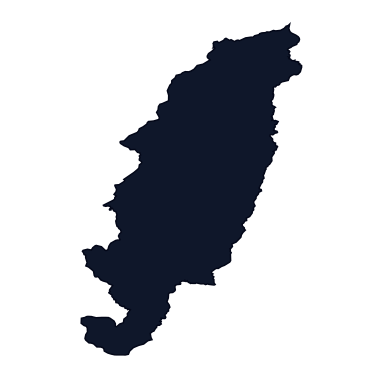 the district of Vibhavadi, Surat Thani, Thailand, rotated 261°
{"feature_id": "78962969B95788991871797", "entity_name": "Vibhavadi", "entity_type": "district", "adm_level": 2, "iso_a3": "THA", "parent_name": "Thailand", "parent_adm1": "Surat Thani", "projection": "equal_earth", "projection_center": [98.854, 9.243], "detail": "fine", "context": "isolated", "style": "filled", "palette": "ink", "viewbox_px": 384, "rotation_deg": 261, "n_neighbors": 0, "source": "geoboundaries", "source_scale": "gbopen_adm2", "svg_char_len": 5988}
<svg xmlns="http://www.w3.org/2000/svg" viewBox="0 0 384 384"><g transform="rotate(261 192 192)"><path d="M139.7,233.2L142.0,234.1L144.1,236.0L146.0,238.7L146.9,238.0L148.5,238.0L150.4,236.5L152.6,236.5L153.3,238.2L155.0,239.5L155.3,241.5L157.7,241.6L158.7,245.1L161.9,248.2L163.4,248.4L164.7,250.1L166.9,250.2L168.4,252.1L171.4,251.2L173.1,251.5L175.6,254.2L177.5,254.6L179.7,257.3L181.2,257.8L182.2,260.8L183.6,260.7L184.5,259.0L185.6,259.0L189.4,261.6L190.6,263.0L192.1,263.5L192.9,263.2L194.4,265.3L197.5,265.0L198.9,266.3L199.6,266.2L200.4,267.1L202.1,267.7L202.8,268.6L204.8,268.9L205.6,270.9L206.4,271.2L207.3,273.0L210.3,275.8L214.1,276.1L217.5,279.3L218.3,279.3L219.3,278.5L219.6,280.0L220.4,280.6L220.4,281.7L222.6,282.8L223.3,283.6L223.8,283.5L224.7,281.8L227.3,282.1L227.8,280.8L229.6,279.5L231.7,279.9L235.0,277.7L236.1,278.1L236.4,279.4L235.9,280.3L236.0,281.3L237.1,282.9L237.2,285.2L237.7,285.8L238.7,285.4L240.0,282.2L240.9,282.9L242.9,283.2L243.2,284.4L245.4,284.3L245.7,286.2L248.1,288.1L249.6,285.5L249.3,284.4L250.3,283.6L250.3,282.2L251.6,283.1L253.4,282.9L254.0,282.3L254.4,283.0L255.4,283.2L255.9,284.4L257.0,284.8L257.9,284.5L258.1,285.4L259.5,285.9L260.6,285.6L262.2,286.7L262.6,287.6L263.0,287.2L262.9,286.7L263.5,286.7L264.7,284.9L266.1,284.5L267.6,285.0L269.1,284.3L270.2,284.9L271.2,286.3L274.0,287.6L275.4,287.9L276.1,287.3L276.3,287.7L277.1,287.5L280.5,288.6L282.4,288.5L283.0,289.3L282.8,290.9L284.3,292.6L284.1,293.8L284.5,295.2L285.7,295.9L286.7,297.8L287.2,304.5L290.3,306.3L291.6,308.7L292.2,311.1L291.5,313.2L291.7,315.1L293.8,317.8L298.1,319.8L299.8,320.0L301.4,317.9L301.8,318.3L302.0,317.6L303.6,317.7L303.6,317.2L304.1,317.1L304.7,314.7L305.2,314.1L306.0,314.2L305.7,313.4L306.3,310.9L307.4,310.4L308.3,309.5L308.3,308.8L309.1,308.4L309.6,309.0L310.0,308.7L309.8,309.4L311.8,310.2L312.6,309.4L314.1,309.4L315.3,310.5L316.2,310.1L316.9,308.7L317.5,308.6L318.7,309.8L319.4,312.4L320.2,313.6L321.4,318.5L322.7,319.1L323.8,321.0L325.7,322.0L327.1,322.0L328.7,321.2L330.6,319.2L333.5,315.0L335.3,313.7L338.4,313.2L342.5,314.7L341.4,313.2L341.0,310.9L340.4,310.9L340.4,310.1L339.2,308.7L337.8,304.7L338.0,299.8L338.8,297.7L337.8,293.5L338.4,290.9L337.9,289.5L338.2,285.7L337.8,283.5L337.0,283.2L336.5,278.3L335.3,276.4L335.7,274.6L335.8,269.0L334.0,262.6L334.8,261.2L334.7,259.3L334.0,258.3L334.2,257.1L336.3,254.4L335.9,252.8L338.5,249.6L338.0,248.1L336.8,247.0L335.3,242.3L335.5,241.4L336.8,240.6L336.7,237.1L335.1,236.0L334.3,236.4L332.7,235.9L332.2,236.4L331.1,235.4L331.0,237.0L330.2,237.0L327.8,233.5L326.1,230.0L323.8,228.3L322.3,228.3L319.6,230.5L316.5,222.9L316.1,216.9L312.9,213.2L311.6,209.8L311.2,207.6L311.9,204.1L311.2,201.2L310.0,199.3L309.7,194.7L307.3,193.1L305.2,189.5L302.4,188.9L301.0,186.9L295.9,183.5L291.1,184.1L285.7,183.1L283.9,176.3L283.7,174.1L281.8,172.3L278.3,171.3L276.2,169.5L271.0,171.4L268.8,170.7L268.1,165.1L268.4,160.0L267.4,158.7L266.1,158.0L264.0,153.9L262.7,149.9L260.7,148.8L259.3,147.1L257.3,138.8L253.1,133.0L253.2,129.6L253.0,129.0L251.9,128.7L251.0,129.2L248.3,132.2L245.8,136.5L243.4,137.7L242.9,142.4L239.7,144.4L238.8,146.6L236.6,147.0L235.8,145.6L234.0,146.0L232.8,145.1L231.7,145.0L230.0,146.8L229.1,147.0L228.1,146.3L227.1,144.3L224.0,143.3L222.9,141.9L220.3,137.6L215.1,126.6L214.0,127.4L213.1,126.9L210.6,121.1L210.9,117.1L210.3,116.8L206.4,117.9L204.2,117.1L201.8,114.6L199.9,116.6L198.8,115.0L197.1,114.5L196.2,113.1L192.8,102.4L192.3,102.5L191.4,104.4L191.4,106.8L190.6,109.0L189.4,109.3L187.7,107.7L187.1,107.8L186.9,109.1L188.5,109.8L188.4,110.8L185.6,111.8L184.3,113.8L181.3,114.3L179.3,113.3L177.1,113.5L175.3,112.2L173.0,112.2L169.8,112.6L169.3,113.4L167.3,114.1L166.1,115.4L164.1,115.8L163.2,115.7L161.8,113.7L160.0,112.5L156.1,113.4L155.8,112.8L156.2,111.2L156.1,109.1L154.1,103.7L151.6,101.5L148.3,100.0L147.6,98.9L147.8,97.3L152.1,94.0L154.2,89.0L154.0,87.9L152.5,85.3L150.4,83.5L151.8,79.8L151.4,75.4L150.6,74.5L148.8,75.4L147.1,75.6L146.2,77.1L143.7,76.7L138.7,77.4L135.6,75.6L134.2,78.0L129.9,81.9L128.9,82.4L125.0,82.4L123.5,83.0L123.1,83.9L123.2,85.6L122.3,86.6L119.6,88.0L118.1,90.2L116.2,94.2L114.2,95.5L113.0,97.9L111.9,99.0L108.4,95.4L107.4,95.1L106.5,95.6L105.8,94.2L105.4,94.1L102.7,96.9L101.3,96.6L99.3,98.0L97.9,98.1L97.4,99.7L94.7,99.6L94.1,101.4L92.8,102.6L91.4,103.0L90.3,104.6L89.8,105.5L89.8,107.0L89.2,107.0L88.4,107.9L87.8,107.7L86.7,110.0L86.0,110.1L86.3,111.0L85.7,111.6L85.8,112.1L85.3,112.7L81.9,109.1L79.3,108.9L77.1,104.9L73.6,103.8L72.9,99.9L70.7,96.5L71.4,95.3L74.0,95.7L76.7,94.8L80.1,91.3L81.1,89.7L82.1,83.9L82.8,77.6L84.7,73.1L85.4,69.7L85.4,68.2L84.8,66.7L84.6,63.0L79.7,62.0L77.1,64.4L75.9,66.6L74.2,67.3L70.1,66.9L67.7,64.8L64.1,63.4L62.5,63.8L59.1,66.6L58.6,68.8L57.5,71.0L53.9,73.8L53.2,77.6L52.2,79.5L51.0,80.4L48.6,80.5L46.2,83.6L44.7,86.6L43.3,90.1L41.5,100.9L41.7,103.8L44.6,105.5L47.5,109.8L48.9,115.5L49.4,120.5L52.0,125.1L52.4,129.4L54.7,128.7L58.9,128.6L60.4,131.3L60.6,132.6L63.5,135.0L63.6,135.7L65.2,136.3L65.7,137.1L65.5,139.1L66.5,141.0L67.8,140.6L68.9,141.3L69.3,140.1L71.0,141.8L72.2,141.7L72.2,142.6L71.7,143.1L71.3,145.4L71.5,145.9L72.4,146.5L74.2,146.0L75.4,146.3L76.1,147.7L77.2,148.2L78.2,150.2L79.9,150.4L81.7,152.1L84.2,151.7L87.5,150.1L91.0,152.0L95.1,152.9L96.0,154.1L95.8,157.3L96.9,159.4L97.9,160.2L100.8,160.2L102.2,160.7L102.9,162.4L102.7,166.1L103.1,166.5L103.9,166.0L104.8,166.2L105.7,168.7L105.1,170.5L105.9,171.2L104.7,171.8L105.0,173.4L104.2,173.3L103.9,174.3L103.2,174.5L103.1,175.1L102.0,176.0L102.4,176.5L101.9,177.0L101.2,181.1L101.6,182.0L99.9,186.4L99.5,189.6L98.5,190.7L98.6,192.3L99.0,192.9L98.2,194.0L97.4,196.7L96.7,199.3L97.0,200.4L98.9,199.5L102.2,199.9L103.0,199.0L104.8,200.3L106.5,198.7L107.1,198.8L107.8,199.9L108.8,198.6L110.3,198.9L112.5,203.1L112.8,204.3L112.4,206.0L113.9,209.5L114.5,212.5L116.9,218.3L118.2,219.4L124.6,220.2L125.9,221.2L127.5,220.4L128.9,220.9L129.9,220.5L130.5,221.9L131.8,223.4L134.4,223.2L135.6,227.7L139.7,233.2Z" fill="#0f172a" stroke="#020617" stroke-width="1.5"/></g></svg>